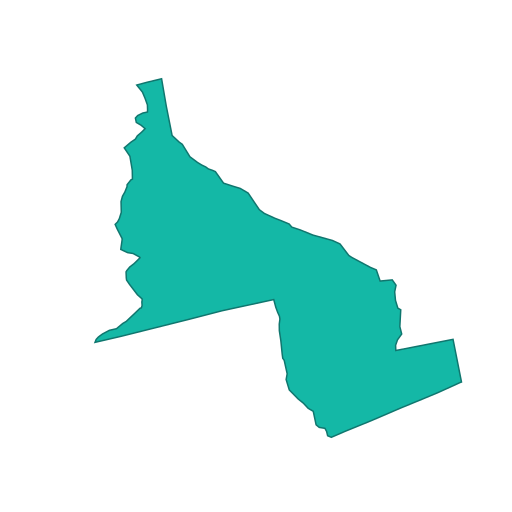 outline of Ingall, Agadez, Niger, rotated 168°
{"feature_id": "23599985B91742674817727", "entity_name": "Ingall", "entity_type": "district", "adm_level": 2, "iso_a3": "NER", "parent_name": "Niger", "parent_adm1": "Agadez", "projection": "albers", "projection_center": [6.528, 17.43], "detail": "fine", "context": "isolated", "style": "filled", "palette": "teal", "viewbox_px": 512, "rotation_deg": 168, "n_neighbors": 0, "source": "geoboundaries", "source_scale": "gbopen_adm2", "svg_char_len": 1953}
<svg xmlns="http://www.w3.org/2000/svg" viewBox="0 0 512 512"><g transform="rotate(168 256 256)"><path d="M264.1,329.1L272.6,334.0L278.2,347.0L280.7,348.8L284.5,351.1L286.6,353.5L290.2,356.3L293.8,359.7L300.0,366.8L304.9,380.6L307.4,383.3L313.0,391.3L312.6,421.3L311.5,449.0L326.2,448.6L336.0,448.1L337.1,448.0L333.0,439.9L331.7,433.1L330.8,426.4L331.6,421.9L332.2,419.4L337.0,419.4L342.5,418.0L345.3,416.0L345.3,411.5L341.3,407.9L338.0,403.6L341.7,401.2L343.4,400.2L347.1,398.2L349.7,395.4L354.6,393.4L362.4,389.2L358.6,379.8L359.2,365.6L360.9,356.8L362.5,356.5L367.3,352.5L367.7,350.7L371.0,345.8L374.2,342.2L376.7,337.3L377.9,330.9L378.7,326.7L381.9,321.0L384.4,318.0L387.2,316.2L386.2,311.5L383.3,300.7L383.9,298.8L386.3,292.3L386.9,290.5L380.9,286.0L375.7,284.0L370.1,279.2L369.8,278.4L373.8,275.8L377.0,273.8L381.8,271.5L385.4,268.6L386.4,267.5L387.4,261.7L387.4,261.9L387.6,259.4L385.6,254.5L380.0,242.7L376.4,237.8L376.5,236.5L377.2,234.8L377.7,231.3L378.9,229.1L380.3,229.0L386.7,225.0L392.5,221.5L396.5,219.0L400.4,217.7L407.6,213.9L414.8,213.8L422.2,211.7L425.4,210.3L427.2,209.4L429.7,207.6L431.4,205.0L404.5,205.5L382.2,206.3L334.6,208.0L300.5,209.5L247.7,209.7L247.3,201.8L246.5,196.3L245.6,192.3L245.7,189.4L247.4,184.6L248.7,178.1L249.3,168.1L250.8,154.4L251.1,150.4L250.1,148.1L250.0,134.3L252.2,128.9L251.3,118.1L244.5,107.4L240.2,102.1L236.6,96.1L232.3,92.2L232.3,78.4L229.8,75.2L224.4,73.1L223.4,69.7L223.3,65.3L220.0,63.0L205.7,65.9L177.9,70.9L146.2,77.2L123.2,81.4L105.7,84.7L82.6,89.8L81.2,90.0L80.6,133.5L138.9,134.5L138.0,139.7L135.0,144.6L129.7,149.4L130.0,157.0L125.6,173.3L128.1,175.5L128.8,183.6L127.8,192.1L125.1,198.3L127.7,204.3L139.8,205.7L141.2,217.4L146.5,221.1L162.5,234.6L165.1,237.2L171.3,250.3L178.0,255.3L195.9,264.6L207.6,272.5L215.0,276.8L216.9,280.4L224.3,285.5L229.7,289.0L239.0,295.9L243.1,300.6L246.1,308.0L250.6,319.2L257.4,325.4L264.1,329.1Z" fill="#14b8a6" stroke="#0f766e" stroke-width="1.5"/></g></svg>